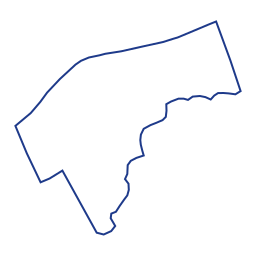 Embakasi Central, Nairobi, Kenya (orthographic projection)
{"feature_id": "3690345B7468433818255", "entity_name": "Embakasi Central", "entity_type": "district", "adm_level": 2, "iso_a3": "KEN", "parent_name": "Kenya", "parent_adm1": "Nairobi", "projection": "orthographic", "projection_center": [36.92, -1.27], "detail": "fine", "context": "isolated", "style": "outline", "palette": "blue", "viewbox_px": 256, "rotation_deg": 0, "n_neighbors": 0, "source": "geoboundaries", "source_scale": "gbopen_adm2", "svg_char_len": 899}
<svg xmlns="http://www.w3.org/2000/svg" viewBox="0 0 256 256"><path d="M230.4,60.5L216.1,21.5L208.4,24.6L198.9,28.6L177.6,37.5L173.5,38.7L163.1,42.0L141.7,46.7L121.2,51.3L105.2,53.8L99.5,55.3L88.9,57.5L81.0,60.8L75.5,64.6L59.9,79.0L47.1,92.6L40.3,101.9L30.8,113.0L15.4,125.9L26.8,153.3L40.6,182.3L49.6,178.5L62.4,170.6L96.7,232.7L103.7,234.5L111.2,231.1L115.2,226.0L112.9,222.0L110.7,218.3L111.3,213.6L115.9,211.8L119.7,205.9L124.2,199.5L127.3,195.4L128.8,189.9L128.5,183.7L125.0,179.1L127.3,174.0L127.7,165.1L130.8,160.8L136.4,157.9L143.7,155.5L142.3,150.7L140.8,144.7L140.3,140.1L140.9,134.6L143.7,128.8L150.5,125.1L156.1,122.9L162.6,120.1L165.8,116.9L166.5,110.8L166.3,104.2L171.1,101.5L178.4,98.7L183.8,98.7L188.0,99.9L192.7,96.6L199.9,96.0L205.4,97.1L210.7,99.5L214.2,95.6L218.0,93.1L223.4,93.0L228.6,93.4L235.4,94.3L240.6,91.1L230.4,60.5Z" fill="none" stroke="#1e3a8a" stroke-width="2"/></svg>